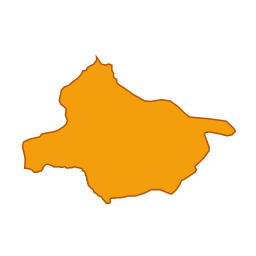 Benoue, Nord, Cameroon, rotated 265°
{"feature_id": "32672807B41938793250317", "entity_name": "Benoue", "entity_type": "district", "adm_level": 2, "iso_a3": "CMR", "parent_name": "Cameroon", "parent_adm1": "Nord", "projection": "equal_earth", "projection_center": [13.438, 9.181], "detail": "fine", "context": "isolated", "style": "filled", "palette": "amber", "viewbox_px": 256, "rotation_deg": 265, "n_neighbors": 0, "source": "geoboundaries", "source_scale": "gbopen_adm2", "svg_char_len": 2673}
<svg xmlns="http://www.w3.org/2000/svg" viewBox="0 0 256 256"><g transform="rotate(265 128 128)"><path d="M115.4,234.7L118.3,233.4L126.2,226.5L128.7,215.9L130.6,206.6L133.5,190.6L136.9,186.7L137.5,186.0L143.2,181.2L144.4,180.2L151.2,172.5L153.3,163.7L152.5,152.6L153.6,146.8L161.1,135.9L167.9,127.9L168.7,127.0L171.4,123.4L171.8,122.8L174.0,120.9L177.5,120.9L179.1,118.5L181.1,117.9L182.1,118.2L183.4,118.5L187.0,117.0L191.9,117.4L193.5,114.4L192.6,111.2L194.1,106.9L197.5,105.0L200.0,103.7L201.4,102.8L199.6,102.9L198.5,102.4L197.3,101.9L196.1,100.6L194.6,99.5L194.1,98.4L193.2,95.7L192.1,93.6L190.8,92.3L189.7,92.0L189.2,91.6L189.1,90.0L188.7,87.8L188.2,87.5L187.3,87.4L186.3,86.9L185.3,85.7L184.5,85.0L183.1,83.7L180.4,79.8L179.5,77.8L178.2,76.4L177.6,75.6L177.4,74.7L177.1,74.6L175.7,72.8L175.0,70.6L174.2,67.9L173.6,67.2L171.7,65.0L161.1,61.9L158.1,62.9L157.7,63.0L156.1,64.8L153.7,67.2L151.6,68.2L149.4,67.5L145.8,66.7L142.8,67.7L140.8,68.4L137.4,66.9L134.9,64.0L132.0,58.4L130.7,53.3L129.7,42.2L128.8,40.9L127.7,40.1L126.7,38.5L126.2,33.9L125.6,29.9L124.3,25.4L123.1,22.8L119.4,21.3L117.6,21.4L111.4,22.4L106.0,22.9L100.1,22.2L97.0,21.5L96.9,22.2L96.6,23.3L96.1,25.5L95.0,28.2L94.6,28.7L93.0,29.7L92.2,30.8L92.0,31.2L91.8,32.5L92.0,33.3L92.1,34.4L92.0,35.0L92.4,35.3L92.6,36.0L92.8,38.0L93.1,38.4L93.7,38.6L95.1,39.7L95.9,39.7L96.6,40.6L97.5,41.3L98.3,42.3L98.9,43.6L98.9,44.3L99.1,44.7L98.3,46.1L97.6,48.2L96.6,49.5L95.9,50.4L95.6,51.4L95.7,52.5L95.3,54.8L95.4,56.3L94.9,57.2L94.7,57.9L94.5,59.1L95.0,61.5L94.8,62.0L94.1,62.6L93.6,63.4L93.3,64.2L93.2,64.7L93.6,65.7L93.7,66.4L93.6,67.0L93.2,67.7L93.5,68.1L93.5,68.6L93.4,69.4L93.8,70.4L94.1,70.8L93.8,72.0L93.2,73.0L93.0,73.6L92.9,75.5L92.2,76.4L91.9,77.7L91.2,79.1L90.8,79.2L89.7,78.8L89.2,79.5L88.1,81.0L87.3,81.3L86.9,81.7L86.4,81.8L85.4,81.5L84.2,81.8L83.9,82.2L83.1,82.3L82.5,82.4L82.3,82.7L80.9,82.6L79.7,82.4L78.4,83.3L76.4,83.0L75.2,83.6L74.3,83.5L73.9,83.5L73.6,84.1L71.1,86.1L69.5,88.1L69.1,88.3L68.2,88.4L67.6,88.7L66.8,88.7L66.4,89.5L65.0,91.3L63.3,92.4L62.5,93.6L62.0,95.0L60.7,96.1L59.3,96.7L57.1,98.4L56.3,99.0L55.5,99.3L54.6,100.4L54.9,101.3L54.7,102.5L54.8,103.3L55.5,103.8L58.6,103.9L59.2,104.3L59.4,104.8L59.6,106.9L59.2,108.4L59.4,110.5L59.3,113.4L59.3,115.7L59.5,116.4L59.7,118.6L59.6,119.1L60.2,120.9L59.7,129.9L61.8,138.9L64.5,145.8L63.7,154.8L59.9,161.9L59.5,162.8L58.4,165.6L61.5,169.9L63.0,171.2L66.6,174.2L70.8,176.6L73.0,181.5L78.1,191.0L80.8,192.7L82.6,191.3L83.6,191.3L84.4,191.7L87.6,196.1L91.5,200.9L98.5,206.9L101.9,207.1L114.9,203.6L116.7,204.7L117.0,208.8L114.3,218.5L113.1,221.7L111.6,226.3L112.2,231.2L115.4,234.7Z" fill="#f59e0b" stroke="#b45309" stroke-width="1.5"/></g></svg>